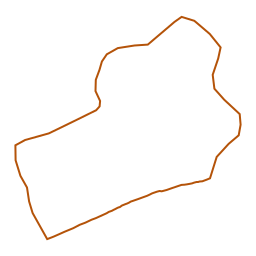 outline of Parque del Plata, Canelones, Uruguay
{"feature_id": "84410073B26612112301697", "entity_name": "Parque del Plata", "entity_type": "district", "adm_level": 2, "iso_a3": "URY", "parent_name": "Uruguay", "parent_adm1": "Canelones", "projection": "robinson", "projection_center": [-55.721, -34.756], "detail": "fine", "context": "isolated", "style": "outline", "palette": "amber", "viewbox_px": 256, "rotation_deg": 0, "n_neighbors": 0, "source": "geoboundaries", "source_scale": "gbopen_adm2", "svg_char_len": 1187}
<svg xmlns="http://www.w3.org/2000/svg" viewBox="0 0 256 256"><path d="M47.2,239.1L51.9,237.3L53.9,236.5L58.9,234.3L64.7,231.7L73.2,228.2L79.7,224.8L85.3,222.7L91.6,219.7L95.7,218.2L104.3,214.3L106.7,213.2L108.8,211.9L110.5,211.3L112.1,210.7L113.5,209.9L115.2,209.1L116.3,208.5L117.6,207.8L118.9,207.3L119.8,207.1L120.9,206.3L122.0,205.5L123.8,204.8L125.5,204.1L127.2,203.5L129.1,202.6L130.7,201.6L133.1,200.8L135.7,199.9L138.0,199.1L141.3,197.9L144.6,196.7L147.1,195.8L149.9,194.5L151.8,193.5L153.4,192.9L154.6,192.5L156.9,191.7L159.6,191.0L161.7,191.3L166.6,190.0L172.3,188.0L181.5,184.9L184.5,184.7L186.6,184.4L189.4,183.9L192.0,183.4L194.2,182.6L196.6,182.0L198.1,182.0L199.6,181.5L202.3,181.3L206.6,179.7L210.0,178.3L216.7,156.9L228.7,143.8L238.7,135.3L240.6,124.7L239.7,114.1L224.2,99.7L214.4,88.7L212.7,74.8L218.2,58.5L220.6,47.4L209.8,34.0L196.7,22.8L194.3,20.8L181.6,16.9L174.5,21.9L154.5,38.9L147.8,44.6L134.5,45.5L117.8,48.1L106.8,54.3L101.9,61.5L99.5,69.8L95.8,79.8L95.5,91.1L100.1,101.0L99.6,106.4L96.2,110.2L73.5,121.4L48.8,133.4L25.1,140.0L15.4,145.3L15.6,160.3L20.4,175.8L27.0,187.5L29.1,201.4L32.6,213.0L47.2,239.1Z" fill="none" stroke="#b45309" stroke-width="2"/></svg>